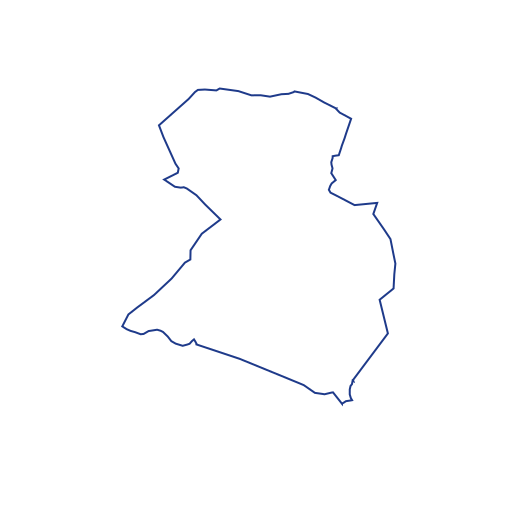 La Clery, Castries, Saint Lucia, rotated 150°
{"feature_id": "8701671B59116812435541", "entity_name": "La Clery", "entity_type": "district", "adm_level": 2, "iso_a3": "LCA", "parent_name": "Saint Lucia", "parent_adm1": "Castries", "projection": "robinson", "projection_center": [-60.984, 14.019], "detail": "fine", "context": "isolated", "style": "outline", "palette": "blue", "viewbox_px": 512, "rotation_deg": 150, "n_neighbors": 0, "source": "geoboundaries", "source_scale": "gbopen_adm2", "svg_char_len": 1710}
<svg xmlns="http://www.w3.org/2000/svg" viewBox="0 0 512 512"><g transform="rotate(150 256 256)"><path d="M297.3,368.1L291.6,356.5L287.1,352.9L284.9,351.9L284.2,351.7L282.2,349.1L277.2,338.4L274.3,326.1L271.7,316.8L268.5,305.4L291.8,302.4L309.8,293.7L314.6,285.8L320.9,285.8L340.3,278.7L363.8,273.2L384.6,270.8L395.7,269.2L407.0,261.9L404.6,257.3L402.1,253.9L398.8,250.5L395.0,245.9L392.3,244.7L386.5,244.7L384.5,243.9L378.5,241.6L376.0,239.0L374.5,236.7L372.7,230.4L371.9,224.6L369.4,220.3L364.4,214.9L359.9,213.7L357.4,213.2L354.1,214.3L351.4,214.8L351.3,212.0L351.4,210.8L351.4,209.7L351.8,209.2L321.4,174.9L282.4,124.5L279.2,120.3L273.4,108.0L267.5,103.4L265.8,102.0L258.7,99.9L257.5,99.4L255.9,88.5L255.4,84.9L255.1,85.3L253.8,85.1L250.7,85.3L246.1,83.5L244.9,83.1L244.9,85.6L244.0,89.3L241.5,93.6L239.1,96.2L237.0,97.0L234.6,99.8L234.2,99.1L234.0,100.1L180.5,123.0L170.8,156.3L153.1,159.1L145.3,171.1L139.1,179.7L138.8,180.6L135.9,189.3L131.1,203.4L131.8,214.7L133.4,233.7L124.5,241.4L145.2,250.8L156.7,268.9L159.8,273.6L159.8,274.2L159.8,276.9L159.3,277.3L157.0,279.3L156.6,279.6L154.2,281.0L149.0,281.9L149.4,290.1L146.2,293.3L145.9,293.7L145.6,294.8L144.9,297.4L143.9,299.6L140.7,302.5L139.7,304.1L137.4,303.3L136.6,303.0L134.5,302.1L133.9,301.9L128.4,306.8L126.4,308.7L120.4,313.7L116.9,316.9L105.0,327.3L111.8,338.3L113.0,343.2L112.5,343.6L113.0,343.9L120.3,355.0L125.2,363.4L130.0,370.3L140.4,379.3L141.4,379.1L146.8,380.2L153.1,383.4L164.2,387.0L171.5,392.8L179.7,397.5L188.8,407.6L203.7,419.2L207.5,419.2L217.0,425.7L223.3,428.9L226.9,428.5L235.7,425.7L274.7,417.7L276.7,405.2L279.6,376.2L279.2,370.5L282.1,367.2L290.9,367.7L297.3,368.1Z" fill="none" stroke="#1e3a8a" stroke-width="2"/></g></svg>